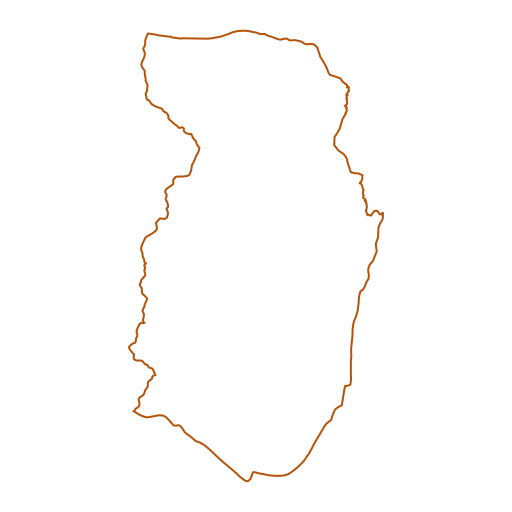 Phiang, Xaignabouri, Laos (Natural Earth projection)
{"feature_id": "54806243B59484994865641", "entity_name": "Phiang", "entity_type": "district", "adm_level": 2, "iso_a3": "LAO", "parent_name": "Laos", "parent_adm1": "Xaignabouri", "projection": "natural_earth1", "projection_center": [101.454, 18.877], "detail": "fine", "context": "isolated", "style": "outline", "palette": "amber", "viewbox_px": 512, "rotation_deg": 0, "n_neighbors": 0, "source": "geoboundaries", "source_scale": "gbopen_adm2", "svg_char_len": 6025}
<svg xmlns="http://www.w3.org/2000/svg" viewBox="0 0 512 512"><path d="M382.9,213.1L382.5,212.9L382.1,213.1L381.8,213.7L380.9,214.4L379.9,214.3L378.8,213.2L377.7,211.3L376.6,210.7L376.3,210.9L374.6,211.0L374.2,211.2L373.6,212.1L372.5,213.3L371.4,215.3L370.5,215.5L369.9,215.4L369.1,214.7L368.6,214.8L367.9,215.2L367.7,215.1L366.9,213.7L366.3,211.4L365.9,210.8L366.9,207.4L366.8,206.7L366.5,205.1L366.8,204.4L366.7,204.0L366.1,203.4L365.9,202.7L365.9,201.9L366.2,201.5L366.1,201.2L365.8,201.0L365.1,201.0L364.8,200.8L365.3,199.8L365.3,199.2L365.0,198.8L363.8,198.4L363.3,198.0L363.2,197.6L363.2,196.9L363.7,195.5L363.5,194.9L363.1,194.4L363.0,193.8L362.8,193.4L363.3,191.2L363.2,190.4L363.6,189.9L363.1,189.1L362.3,186.9L362.3,186.0L362.0,185.3L360.8,183.4L359.8,183.3L359.8,182.8L360.5,182.3L361.0,181.7L362.0,180.0L362.2,179.3L362.4,175.9L362.5,175.2L358.1,173.3L355.1,173.3L350.8,172.2L348.0,163.8L346.5,157.8L343.5,153.9L338.6,150.7L334.2,145.1L334.6,136.9L337.2,133.2L339.8,128.3L342.6,118.9L345.7,113.8L345.5,113.3L346.6,111.5L346.6,110.3L346.8,109.8L346.6,108.6L346.7,107.7L345.8,107.5L345.9,106.7L345.0,105.7L346.3,105.0L346.9,104.2L347.2,103.0L347.2,102.6L346.9,101.9L347.0,100.6L346.5,99.4L346.7,98.9L346.4,98.7L346.6,98.1L347.0,97.8L346.7,96.8L346.4,95.0L347.5,95.1L347.1,93.2L347.6,92.8L348.1,91.6L349.0,91.1L349.0,90.8L348.6,89.9L348.6,89.3L348.8,88.3L348.8,87.1L348.4,87.0L347.2,87.4L347.0,87.1L347.4,86.6L347.5,86.2L347.0,85.7L346.9,84.8L343.8,82.7L341.7,80.5L340.6,78.5L334.8,76.4L330.0,74.9L328.7,73.1L326.2,66.7L322.8,60.8L320.4,57.0L317.2,47.3L313.7,44.2L310.2,44.0L307.8,44.3L304.8,43.9L301.1,41.5L295.2,40.1L290.8,40.4L289.4,40.2L287.7,39.1L285.5,38.5L280.3,39.7L277.7,39.1L271.4,36.7L269.1,36.1L267.1,35.3L264.6,34.0L259.7,34.0L257.9,33.1L255.6,32.5L249.3,31.2L246.2,30.8L243.2,30.7L237.4,31.1L232.6,32.3L230.8,32.9L229.1,33.8L220.7,36.6L212.1,38.2L208.0,38.7L183.6,38.3L179.9,38.5L176.0,37.9L173.4,37.7L171.4,37.2L170.3,36.4L169.0,36.7L161.2,35.6L159.3,35.5L155.0,34.5L147.9,33.5L145.6,38.9L145.2,40.8L145.2,44.2L144.6,46.1L143.3,48.4L143.5,49.8L144.7,52.3L144.8,54.6L144.3,57.0L141.8,62.6L141.3,64.6L141.7,66.1L142.6,67.9L144.3,70.2L144.8,71.4L144.7,73.7L145.1,76.2L145.6,78.3L145.6,80.5L147.3,84.4L147.6,86.4L147.2,88.0L146.9,91.1L145.9,92.9L145.7,94.6L146.4,96.7L146.5,98.6L147.1,99.6L148.8,100.2L150.4,102.5L152.2,104.6L155.8,106.6L159.8,107.9L162.2,109.0L163.0,110.1L163.2,110.9L164.7,112.1L166.3,112.6L167.8,114.7L168.5,116.3L168.3,117.2L168.4,118.2L169.6,119.8L172.1,121.8L174.2,123.8L177.1,125.9L178.8,127.8L179.8,128.0L181.5,127.3L183.0,127.6L183.9,128.6L183.8,130.4L184.1,131.4L185.9,133.0L189.2,134.2L190.6,133.9L191.4,134.3L193.0,137.8L196.1,141.6L196.6,144.0L199.4,147.9L199.1,149.6L198.1,152.7L196.7,154.9L193.6,162.2L192.5,164.0L192.0,165.4L191.1,170.3L190.0,173.7L189.1,175.0L187.5,175.9L183.2,176.5L178.1,176.5L176.4,176.8L175.3,177.1L174.8,178.2L173.8,178.9L173.4,179.6L173.2,180.6L173.4,182.5L173.2,183.7L172.9,184.4L168.6,187.4L166.6,188.9L166.0,189.6L165.3,191.1L165.2,192.0L165.3,192.5L166.5,194.4L166.7,195.3L166.5,196.5L165.9,197.9L165.7,198.9L165.8,199.8L167.0,201.6L168.0,204.9L168.1,206.6L167.9,207.3L166.5,208.4L167.9,212.3L167.9,214.2L167.0,217.5L165.5,218.6L164.3,218.9L162.6,218.8L160.5,218.4L159.8,218.6L156.1,222.7L156.0,223.1L156.9,227.5L156.8,229.4L155.3,231.1L153.5,232.6L151.0,234.2L146.5,236.6L145.4,237.7L142.6,243.5L141.3,247.2L141.1,248.5L141.2,249.9L142.5,253.1L142.5,255.2L142.9,256.9L144.1,259.6L144.5,262.1L144.8,262.6L145.7,263.1L145.9,263.5L144.3,265.0L144.3,265.7L144.9,267.1L145.0,268.2L144.4,270.4L144.6,271.9L145.2,273.7L145.3,275.0L145.1,275.6L141.6,279.6L141.1,280.4L140.8,282.6L139.8,284.1L139.8,285.2L141.8,288.5L141.9,292.4L142.3,293.5L143.2,294.5L144.9,295.9L146.7,298.0L147.1,298.6L147.1,299.2L146.0,301.4L145.2,303.6L144.6,304.7L144.5,306.5L143.0,309.0L142.6,310.3L142.6,311.1L143.8,313.9L144.0,314.7L143.6,316.5L143.6,317.6L143.4,318.6L143.0,319.4L142.8,320.0L142.9,320.8L144.3,322.8L143.7,323.0L141.4,322.9L140.7,323.1L139.9,323.6L138.6,325.9L136.9,329.7L136.6,330.9L136.6,332.1L137.3,334.4L137.3,335.7L136.2,338.2L135.9,339.8L135.9,341.1L135.1,342.7L132.9,343.5L131.3,344.5L129.8,345.9L129.1,346.9L129.1,347.8L129.5,348.8L132.7,353.3L134.0,354.1L134.2,355.3L133.6,356.7L133.7,358.1L134.2,359.2L135.7,360.2L136.7,360.5L141.2,360.5L142.4,361.1L145.1,364.2L145.9,364.5L146.9,364.6L147.7,365.6L148.8,367.3L150.4,368.0L152.0,368.4L152.7,369.1L153.5,370.9L154.1,371.6L154.5,372.4L154.5,373.7L155.3,375.1L153.0,376.0L152.2,376.9L152.0,378.4L151.4,379.2L148.7,381.4L148.1,382.1L147.8,383.0L147.8,385.9L147.5,386.9L146.2,389.1L145.1,390.3L144.1,393.6L143.3,395.0L141.9,396.1L140.4,396.9L139.3,397.9L138.8,399.1L138.7,399.9L138.9,401.1L139.4,402.6L139.4,404.4L139.2,405.6L138.5,406.7L136.8,408.1L135.6,408.7L134.1,411.2L133.8,411.4L137.5,413.4L138.9,414.4L142.0,415.9L144.1,416.7L147.2,417.4L158.2,415.4L160.7,415.3L163.8,415.8L166.2,417.4L168.5,419.6L173.5,425.3L174.9,425.7L178.7,425.2L180.3,426.1L182.3,428.3L184.7,432.2L186.7,433.9L188.4,435.0L193.1,438.7L195.7,441.1L198.4,441.9L200.3,442.7L204.2,445.1L207.3,447.5L210.5,450.3L220.6,460.0L234.6,471.7L237.9,474.7L240.2,477.0L244.7,480.4L246.9,481.3L248.4,480.9L250.4,479.0L251.9,475.4L252.4,473.4L253.5,472.1L255.1,472.3L261.4,473.9L263.6,474.1L268.7,475.3L276.1,475.9L280.5,475.8L284.1,475.4L287.1,474.6L289.1,473.7L293.9,470.3L297.3,467.5L301.7,463.3L304.7,459.8L307.3,455.8L308.5,454.4L312.2,447.8L313.6,444.7L314.7,442.8L324.8,425.7L327.1,423.0L331.0,420.1L333.2,413.6L335.0,409.6L338.4,406.9L341.8,405.3L344.4,389.2L345.2,385.9L347.8,385.8L350.4,384.6L351.1,378.6L350.8,374.8L350.9,367.0L350.8,361.1L351.3,356.9L351.1,348.9L352.5,335.4L352.6,328.9L353.6,322.3L355.9,316.9L357.6,310.9L358.6,303.4L358.8,299.0L359.5,294.5L360.5,291.2L363.1,289.6L365.1,285.7L366.4,282.1L368.5,278.8L368.9,275.2L368.3,271.4L368.3,268.7L369.6,264.8L372.9,261.1L376.7,251.5L375.8,243.8L378.1,237.2L378.4,227.7L380.2,223.2L382.0,220.5L382.8,218.4L382.9,213.1Z" fill="none" stroke="#b45309" stroke-width="2"/></svg>